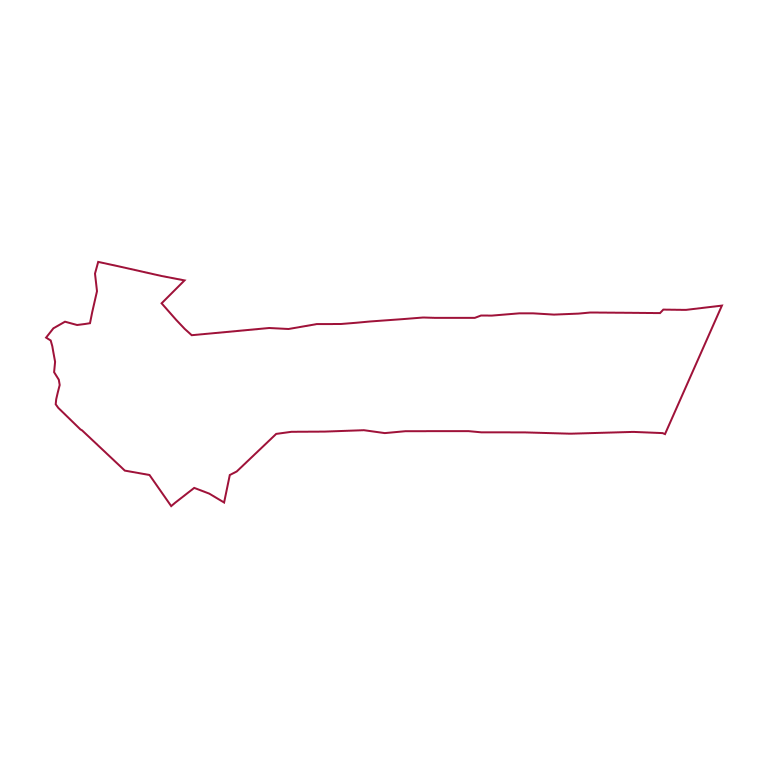 the district of Chinguitti, Adrar, Mauritania
{"feature_id": "47542326B90495786476095", "entity_name": "Chinguitti", "entity_type": "district", "adm_level": 2, "iso_a3": "MRT", "parent_name": "Mauritania", "parent_adm1": "Adrar", "projection": "mercator", "projection_center": [-10.907, 20.124], "detail": "fine", "context": "isolated", "style": "outline", "palette": "rose", "viewbox_px": 768, "rotation_deg": 0, "n_neighbors": 0, "source": "geoboundaries", "source_scale": "gbopen_adm2", "svg_char_len": 1064}
<svg xmlns="http://www.w3.org/2000/svg" viewBox="0 0 768 768"><path d="M171.2,506.1L175.2,502.7L180.6,498.5L194.2,487.9L205.8,492.3L209.2,493.6L224.1,502.5L229.8,475.0L236.7,471.5L276.2,433.9L291.5,431.8L324.5,431.6L363.9,430.2L384.8,433.1L405.4,431.2L468.2,431.1L481.0,432.3L524.7,432.4L570.4,433.7L633.3,431.9L662.6,433.1L665.0,434.1L721.9,305.6L685.8,309.9L663.3,309.6L660.0,313.1L629.0,312.8L615.0,312.7L590.4,312.5L578.6,313.6L554.0,314.6L532.5,313.3L519.7,313.3L491.8,315.6L481.1,315.5L474.7,317.9L445.8,317.9L436.2,317.9L423.2,317.5L403.0,319.1L369.8,321.5L357.0,322.7L340.9,324.0L316.3,324.1L315.6,324.3L288.5,329.0L269.2,328.0L191.7,335.2L184.8,329.0L176.1,319.8L161.6,303.3L184.5,280.4L161.5,276.0L118.5,266.3L98.2,261.9L95.0,273.6L97.0,291.2L92.2,312.2L90.0,323.2L84.9,324.0L77.1,325.0L65.0,321.7L53.4,328.3L46.1,337.6L50.7,340.5L52.3,346.2L53.2,351.4L55.1,361.8L54.1,372.2L58.8,379.7L59.7,385.0L57.7,392.8L56.2,399.3L55.7,404.3L58.3,407.9L80.4,429.4L82.1,430.4L124.8,470.6L149.5,475.0L171.2,506.1Z" fill="none" stroke="#9f1239" stroke-width="2"/></svg>